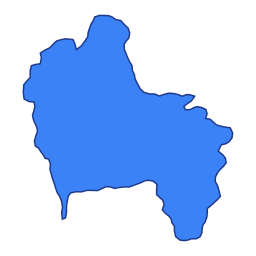 outline of Funilândia, Minas Gerais, Brazil
{"feature_id": "56859067B22381127765389", "entity_name": "Funilândia", "entity_type": "district", "adm_level": 2, "iso_a3": "BRA", "parent_name": "Brazil", "parent_adm1": "Minas Gerais", "projection": "robinson", "projection_center": [-44.069, -19.36], "detail": "fine", "context": "isolated", "style": "filled", "palette": "blue", "viewbox_px": 256, "rotation_deg": 0, "n_neighbors": 0, "source": "geoboundaries", "source_scale": "gbopen_adm2", "svg_char_len": 2181}
<svg xmlns="http://www.w3.org/2000/svg" viewBox="0 0 256 256"><path d="M194.7,96.2L190.1,94.8L186.5,94.6L182.3,96.2L178.2,94.6L173.6,93.5L168.7,93.2L164.0,94.4L159.5,96.0L154.6,94.0L149.3,93.9L144.1,92.4L140.3,89.0L138.6,85.8L136.6,82.1L134.9,78.3L134.4,74.6L132.5,70.8L132.0,65.6L129.2,60.9L127.3,56.9L126.0,53.4L124.4,49.6L124.1,44.6L125.9,41.3L128.8,38.1L129.7,33.0L128.1,28.1L124.6,24.8L120.7,20.5L115.7,19.6L112.7,17.3L109.2,15.8L105.5,15.5L99.6,15.4L94.8,16.9L93.4,20.5L91.4,23.4L89.6,28.2L88.2,32.3L87.7,36.9L84.7,41.4L81.2,46.0L76.4,49.6L74.9,43.8L73.0,39.6L68.9,39.1L64.9,38.9L61.0,39.7L56.8,40.9L54.0,43.3L49.8,47.8L44.4,50.4L40.3,53.2L41.4,57.5L40.3,63.7L35.4,64.5L31.4,65.7L30.2,70.6L30.2,77.4L26.6,81.3L23.8,84.7L23.3,92.4L24.1,99.0L29.1,101.6L33.9,102.0L34.9,106.1L33.9,110.9L32.5,115.0L33.4,119.8L35.5,124.4L37.2,128.5L37.3,132.3L35.8,135.9L34.4,141.2L35.5,146.2L38.6,148.2L40.8,151.7L43.3,154.9L45.1,158.3L48.6,159.1L50.4,163.6L50.0,169.8L51.3,174.1L52.3,177.9L54.2,183.4L55.8,188.5L57.4,193.0L59.7,196.4L61.6,201.4L62.5,207.1L61.7,212.5L62.3,219.2L65.5,217.9L66.5,212.5L66.5,205.9L67.4,200.6L68.1,196.4L70.6,193.0L75.6,191.8L81.9,191.8L86.6,190.4L92.1,190.4L97.5,190.6L101.5,188.8L106.4,186.6L111.1,187.1L114.6,188.4L119.6,187.4L125.0,186.9L129.3,187.0L132.7,185.7L136.2,184.4L140.4,182.9L145.0,180.7L149.5,180.3L153.4,181.3L157.0,184.4L156.6,189.8L156.6,194.6L159.8,197.6L162.8,200.3L164.1,204.7L162.3,209.7L165.1,213.1L168.8,216.0L171.0,218.8L172.0,222.8L174.4,226.3L174.4,230.9L175.7,236.6L179.8,240.0L183.9,240.6L187.3,240.2L191.4,238.8L196.2,238.8L200.0,236.8L201.9,232.7L202.1,228.7L202.9,225.0L205.2,221.9L206.8,217.2L207.3,212.7L207.3,208.5L210.3,206.1L213.3,203.3L216.7,200.3L220.4,196.4L219.2,191.5L217.8,186.3L215.2,181.3L215.5,176.9L217.6,172.7L219.8,169.8L223.2,166.6L226.2,162.8L225.4,158.1L222.8,154.8L218.2,151.1L221.3,144.8L226.2,143.6L229.5,141.3L232.0,137.9L232.7,133.1L230.2,127.8L224.8,127.0L220.4,126.1L216.9,125.1L214.0,122.8L210.1,119.2L205.7,118.5L207.1,113.7L205.9,109.5L201.7,107.5L197.4,106.7L194.0,107.5L190.5,109.5L185.6,109.9L183.9,106.3L187.9,103.3L191.4,100.9L194.7,96.2Z" fill="#3b82f6" stroke="#1e3a8a" stroke-width="1.5"/></svg>